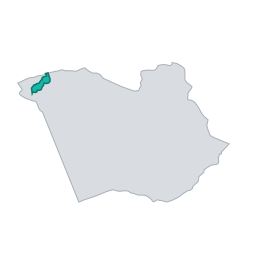 location of Rukungiri within Uganda, rotated 68°
{"feature_id": "UGA-3373", "entity_name": "Rukungiri", "entity_type": "District", "adm_level": 1, "iso_a3": "UGA", "parent_name": "Uganda", "parent_adm1": "", "projection": "mercator", "projection_center": [29.905, -0.722], "detail": "fine", "context": "in_parent", "style": "filled", "palette": "teal", "viewbox_px": 256, "rotation_deg": 68, "n_neighbors": 0, "source": "natural_earth", "source_scale": "10m", "svg_char_len": 2781}
<svg xmlns="http://www.w3.org/2000/svg" viewBox="0 0 256 256"><g transform="rotate(68 128 128)"><path d="M178.3,201.3L175.0,201.3L169.5,201.3L164.0,201.3L158.5,201.3L153.1,201.3L147.6,201.3L142.1,201.3L136.6,201.3L131.1,201.3L125.7,201.3L120.2,201.3L114.7,201.3L109.2,201.3L103.7,201.3L98.3,201.3L92.8,201.3L87.3,201.3L84.1,201.3L83.4,201.2L83.0,201.1L80.9,201.5L78.8,202.9L76.5,203.4L74.1,203.2L73.7,203.3L72.5,203.3L70.7,203.2L69.1,203.6L67.9,204.8L66.7,206.8L64.4,209.1L62.7,211.2L61.2,212.6L57.7,215.1L55.9,215.8L54.9,215.6L54.4,215.2L53.3,212.1L52.6,211.6L46.0,213.2L45.0,213.2L45.1,212.3L44.6,205.0L44.5,200.6L45.4,197.8L45.9,194.6L45.9,191.8L47.2,186.9L46.7,184.1L48.3,173.9L48.7,172.3L49.3,167.4L50.3,165.9L51.2,165.3L52.3,162.3L54.5,157.5L56.0,155.1L55.7,149.7L55.9,146.0L56.3,145.2L59.5,143.8L63.7,140.4L65.4,136.4L67.9,133.9L72.8,132.3L72.8,132.2L87.1,118.6L93.7,111.2L96.6,107.4L96.7,106.1L97.3,104.3L96.1,102.9L94.8,101.6L94.3,100.5L93.1,99.9L91.4,99.9L90.2,99.1L89.0,97.4L87.7,96.3L83.6,96.4L80.5,94.7L80.5,92.4L81.7,87.9L84.1,82.7L84.3,81.2L83.9,80.0L83.3,78.9L82.3,77.9L81.3,76.6L82.0,72.9L83.5,69.2L84.8,67.4L86.0,65.3L85.6,63.6L83.9,62.8L84.8,61.1L86.7,58.4L90.3,55.5L93.5,53.7L95.7,53.7L99.9,55.2L103.6,56.9L105.7,57.0L108.2,56.3L113.5,53.1L114.7,54.1L116.2,56.0L117.9,59.2L121.2,60.6L122.7,61.6L123.9,61.9L124.5,61.6L125.7,59.2L127.2,57.8L130.0,56.1L136.2,54.8L140.5,54.4L142.4,54.1L145.5,53.3L150.4,50.7L155.2,54.0L160.5,54.6L165.6,54.6L167.1,53.6L168.0,52.9L173.4,47.5L180.6,40.2L185.4,50.5L187.0,51.1L186.8,52.0L186.4,52.8L189.6,55.3L193.4,56.6L194.8,57.8L194.9,59.2L193.6,65.2L193.9,66.9L195.1,72.9L197.4,74.2L199.5,80.3L203.6,82.8L204.2,83.5L205.2,86.5L206.4,89.7L207.4,90.4L208.0,90.6L209.2,94.0L208.5,95.9L209.5,101.7L211.0,106.9L211.5,113.0L211.5,115.8L211.4,117.4L211.1,119.8L210.3,121.1L209.0,122.5L207.6,124.5L206.3,126.8L205.5,127.9L206.1,131.2L205.9,132.1L205.6,132.5L203.7,133.0L201.3,133.9L199.9,134.8L197.8,136.5L196.2,138.3L194.0,143.7L190.3,147.9L189.7,149.3L186.3,151.8L184.8,154.9L183.8,158.7L182.5,161.4L179.6,165.1L178.9,171.0L179.0,182.7L178.2,196.1L178.3,201.3Z" fill="#d9dde1" stroke="#a8b0b8" stroke-width="1"/><path d="M46.6,184.1L47.0,181.5L53.3,181.9L55.4,182.8L56.3,184.1L56.4,184.8L56.4,185.5L56.3,186.0L56.2,186.9L55.8,187.6L55.7,188.0L55.3,188.2L54.9,188.5L55.4,189.6L56.5,190.2L57.4,191.2L58.0,192.5L59.8,193.9L59.9,195.1L59.8,196.2L59.3,197.4L59.2,198.2L59.9,198.6L60.4,199.2L60.3,199.8L60.4,200.5L60.1,201.0L59.5,201.6L59.4,202.0L59.4,202.6L59.5,203.3L60.1,203.9L55.9,202.8L54.9,202.6L52.8,198.9L52.9,198.3L53.3,197.7L53.2,197.0L52.6,196.4L53.1,193.8L51.3,191.1L51.0,190.3L51.1,189.4L50.4,189.4L49.6,189.2L49.1,188.4L48.9,187.4L49.1,185.6L49.1,183.8L46.6,184.1Z" fill="#14b8a6" stroke="#0f766e" stroke-width="1.5"/></g></svg>